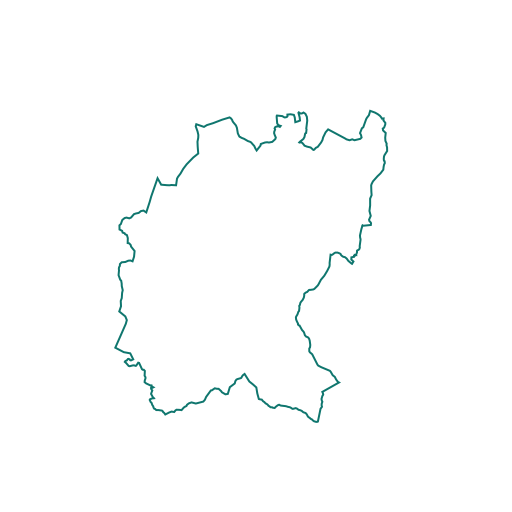 Sinteu, Bihor, Romania, rotated 299°
{"feature_id": "2599482B35691886795936", "entity_name": "Sinteu", "entity_type": "district", "adm_level": 2, "iso_a3": "ROU", "parent_name": "Romania", "parent_adm1": "Bihor", "projection": "robinson", "projection_center": [22.5, 47.135], "detail": "fine", "context": "isolated", "style": "outline", "palette": "teal", "viewbox_px": 512, "rotation_deg": 299, "n_neighbors": 0, "source": "geoboundaries", "source_scale": "gbopen_adm2", "svg_char_len": 6096}
<svg xmlns="http://www.w3.org/2000/svg" viewBox="0 0 512 512"><g transform="rotate(299 256 256)"><path d="M438.2,300.9L437.2,299.6L438.0,298.2L438.7,296.4L439.1,293.6L439.1,290.4L438.3,285.5L433.9,286.5L430.6,286.0L429.1,286.0L420.6,287.4L419.0,286.7L413.9,287.4L412.7,289.2L410.8,290.9L409.0,290.4L405.0,286.0L404.7,283.6L402.6,281.7L401.9,278.6L402.0,276.6L401.7,257.7L397.9,256.9L392.3,257.2L389.6,257.9L386.8,257.9L381.4,257.1L379.6,255.9L377.4,255.4L376.8,255.1L376.6,254.8L376.6,254.6L377.4,251.2L376.4,247.6L376.0,244.9L376.4,244.2L377.3,241.8L377.4,240.4L376.3,239.1L376.3,238.8L377.2,239.0L381.3,240.7L383.6,240.7L386.7,239.7L387.5,239.8L387.9,240.2L391.3,238.8L391.8,238.2L399.2,235.2L402.4,233.0L404.3,230.3L404.5,228.0L403.0,227.1L402.2,225.9L402.4,223.8L401.8,223.7L398.5,226.9L395.8,228.8L394.4,227.7L392.1,225.5L396.0,222.7L397.8,220.7L396.7,217.5L394.9,214.9L393.4,215.8L392.4,215.5L391.5,214.5L391.0,213.7L391.1,211.2L389.0,206.2L388.5,206.2L387.4,206.8L382.3,210.2L381.5,211.6L381.4,213.1L381.7,214.5L380.5,214.3L380.5,213.3L379.3,211.2L377.9,210.3L376.6,210.4L375.9,211.4L373.6,211.7L372.2,212.3L370.9,213.7L369.2,215.9L367.6,216.2L363.7,214.9L361.5,212.3L360.9,210.6L359.6,208.8L356.3,205.9L354.7,206.4L348.6,205.4L349.7,203.4L351.4,201.1L352.1,199.0L352.7,197.4L353.0,196.4L353.0,195.4L352.6,193.2L352.7,188.7L352.3,185.8L352.5,184.7L352.3,184.0L352.5,183.4L354.4,180.7L358.9,177.1L360.5,175.1L362.0,171.2L362.6,170.1L363.4,169.2L364.2,167.5L364.4,165.7L358.8,160.3L351.3,154.0L346.7,149.6L343.7,147.9L342.3,139.9L340.2,140.4L336.6,144.5L333.9,146.9L331.3,148.2L327.6,149.4L323.2,152.1L317.6,155.8L311.8,153.4L302.6,150.9L297.0,150.1L291.4,150.0L287.4,149.4L285.4,149.4L279.1,151.8L277.1,147.6L276.1,146.3L275.0,144.3L272.4,138.5L276.3,132.2L257.2,135.5L251.7,136.8L240.9,138.9L241.2,135.6L239.5,133.6L236.8,132.5L235.0,130.4L233.5,129.0L229.1,128.1L227.5,126.9L226.8,124.1L225.5,122.7L222.7,121.6L218.5,122.3L216.6,121.7L213.0,123.8L213.1,126.7L211.8,128.0L212.2,130.0L211.6,131.0L211.7,133.0L209.5,135.2L205.1,137.5L205.6,139.0L204.8,141.2L203.7,142.1L201.5,147.4L196.2,149.7L191.5,150.6L191.2,148.4L190.0,146.6L187.4,144.6L185.4,141.6L183.0,140.9L181.3,141.7L179.7,141.7L178.2,142.3L177.1,143.1L172.6,145.1L169.4,148.8L169.1,150.0L166.9,151.8L164.6,153.2L161.5,156.0L158.8,156.8L154.1,159.0L151.1,159.5L146.6,162.3L141.2,163.3L139.8,171.0L137.3,174.1L133.6,175.0L107.6,177.4L107.8,187.0L109.9,193.2L106.1,198.7L104.1,197.3L103.9,196.8L104.0,196.1L104.4,195.6L104.2,194.3L103.8,193.9L102.0,193.6L100.9,192.7L99.8,192.6L99.4,194.4L98.1,197.9L98.4,199.0L100.5,201.2L101.2,202.2L101.6,204.1L102.0,204.4L105.6,204.7L105.8,205.6L101.7,211.2L101.6,212.1L102.1,213.0L101.6,214.5L97.3,216.6L96.4,218.1L95.3,218.7L93.4,219.0L91.7,219.7L91.3,221.6L91.6,226.3L92.2,227.4L91.1,228.5L91.4,229.5L91.4,229.9L90.4,229.2L90.0,228.1L89.6,228.2L88.7,229.1L88.1,230.5L86.0,230.8L84.5,231.1L82.3,234.6L82.3,235.3L82.1,235.7L81.8,235.3L81.5,234.6L79.4,232.8L78.6,232.8L77.2,234.7L76.9,235.9L75.5,237.4L74.7,239.0L73.7,239.9L73.1,241.0L73.3,242.0L72.9,243.4L74.0,245.5L75.2,248.7L74.9,250.0L74.4,250.5L74.3,251.7L73.4,253.5L77.0,255.9L79.0,257.6L79.9,260.1L81.8,260.4L83.0,261.0L84.5,264.0L85.1,265.6L88.4,266.3L90.0,267.1L90.6,267.6L91.1,267.9L92.5,267.8L94.7,268.8L96.7,270.6L97.8,274.9L103.1,280.5L105.5,281.0L108.6,280.7L116.5,281.7L117.1,282.5L120.3,284.1L120.8,285.9L121.7,287.7L120.9,291.1L120.3,292.2L120.2,296.3L121.7,298.2L128.6,296.7L134.2,299.2L136.6,298.6L138.4,298.8L139.3,299.4L141.9,302.0L142.4,302.2L144.4,302.2L145.5,302.4L147.3,303.2L143.0,311.0L142.2,315.7L141.2,320.0L136.4,323.8L132.3,327.8L132.6,329.1L133.2,330.7L132.4,332.6L132.3,334.1L131.7,335.9L131.8,336.8L131.6,338.3L131.0,339.7L131.1,340.6L130.8,341.7L130.8,342.2L131.5,343.4L131.4,344.0L131.7,344.9L132.1,346.0L133.7,346.4L136.0,347.4L137.1,348.3L137.1,349.1L137.2,350.2L139.0,354.6L139.3,355.6L139.5,356.9L140.1,358.8L140.2,359.8L140.0,361.9L140.2,362.4L142.2,364.5L142.4,366.0L142.1,367.7L142.6,369.6L142.7,371.2L142.4,372.3L142.3,373.2L142.7,375.5L142.1,377.2L140.9,379.0L140.6,379.7L140.4,381.7L140.1,382.8L140.2,384.2L139.8,385.4L139.6,386.9L140.1,389.1L140.9,390.2L141.2,390.4L153.7,386.5L156.1,386.8L157.2,385.8L158.6,385.1L160.7,384.7L161.4,383.7L162.7,382.6L165.8,381.9L167.3,382.0L168.4,381.1L169.3,379.9L185.6,389.9L185.6,388.7L186.8,386.0L188.5,383.5L188.9,380.9L191.0,377.4L191.4,376.3L190.4,367.1L190.3,363.6L190.8,362.4L197.3,352.8L197.9,349.8L198.5,348.8L200.8,347.5L202.4,347.5L204.5,346.6L208.0,344.0L209.4,342.5L210.0,341.2L210.0,340.2L209.8,339.0L210.4,337.2L212.3,335.2L212.9,334.2L213.6,332.1L216.3,327.8L216.1,327.1L216.2,326.5L216.5,325.9L217.2,325.6L218.6,323.5L219.9,321.9L221.6,320.7L222.4,320.5L225.0,320.6L227.7,320.1L228.8,320.3L231.8,319.1L233.3,318.0L234.4,318.1L236.6,317.5L237.8,317.6L240.3,318.1L242.8,318.0L244.7,317.4L246.1,316.6L246.6,316.6L248.4,317.4L249.4,318.2L251.9,318.8L252.3,319.2L252.8,320.1L254.5,322.3L255.5,323.0L260.1,324.3L261.4,324.4L266.7,324.3L271.8,325.3L277.5,325.5L282.4,325.3L284.0,324.7L285.7,323.7L293.3,320.6L293.5,321.5L293.8,321.9L294.9,322.5L296.4,323.1L297.5,323.8L298.5,325.6L298.8,327.7L298.8,328.9L298.1,329.9L297.8,330.8L297.6,332.7L298.0,333.9L298.1,334.5L297.7,336.6L296.5,339.1L295.7,343.3L295.7,343.8L298.4,343.9L299.1,341.1L301.1,340.1L302.8,342.1L303.7,341.6L304.1,342.3L304.9,341.9L305.4,343.2L305.8,342.9L308.1,342.6L309.5,341.8L309.8,341.8L311.3,342.8L312.1,343.0L312.8,342.9L313.7,342.7L314.9,341.9L320.8,339.6L321.5,339.2L322.4,338.3L324.3,337.0L330.7,335.1L332.7,334.7L333.8,334.3L334.5,334.3L334.5,335.2L338.8,341.4L340.3,340.8L340.9,340.2L341.5,338.3L342.5,337.3L346.7,336.9L350.4,333.4L355.6,331.3L361.5,328.0L365.3,327.6L368.2,325.7L373.6,322.5L375.0,322.2L378.0,322.1L384.7,323.6L388.5,324.8L393.2,325.5L395.8,324.4L398.0,323.7L399.7,323.6L401.3,322.5L401.4,321.7L402.8,320.7L405.1,319.7L406.5,319.5L411.4,319.8L414.5,318.0L416.2,316.4L417.6,315.8L419.4,313.4L422.2,311.6L426.5,309.8L427.4,306.3L428.9,305.1L430.4,305.8L433.7,305.3L435.1,304.6L436.4,301.7L438.2,300.9Z" fill="none" stroke="#0f766e" stroke-width="2"/></g></svg>